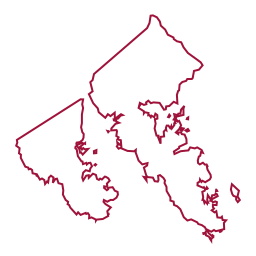 Gao-Bugotu, Isabel, Solomon Islands (Equal Earth projection)
{"feature_id": "97153195B92120906809587", "entity_name": "Gao-Bugotu", "entity_type": "district", "adm_level": 2, "iso_a3": "SLB", "parent_name": "Solomon Islands", "parent_adm1": "Isabel", "projection": "equal_earth", "projection_center": [159.757, -8.429], "detail": "fine", "context": "isolated", "style": "outline", "palette": "rose", "viewbox_px": 256, "rotation_deg": 0, "n_neighbors": 0, "source": "geoboundaries", "source_scale": "gbopen_adm2", "svg_char_len": 5972}
<svg xmlns="http://www.w3.org/2000/svg" viewBox="0 0 256 256"><path d="M88.9,94.1L93.2,103.2L97.8,108.4L98.7,112.2L105.3,117.8L107.9,114.2L110.5,116.1L114.7,112.7L114.8,117.7L116.2,117.8L121.0,114.2L122.7,115.1L120.6,115.6L118.1,118.5L115.8,119.2L116.4,121.6L119.0,122.8L115.5,123.8L111.4,128.4L111.2,130.4L116.5,130.1L117.0,131.2L116.3,136.0L118.6,137.3L117.4,139.4L120.8,140.2L121.3,146.0L117.3,142.3L117.7,145.3L116.8,146.4L118.6,148.7L120.3,147.9L127.5,150.9L134.1,151.3L135.8,149.9L135.7,152.6L138.6,160.6L142.3,164.4L147.5,163.1L147.1,165.5L143.9,167.6L146.3,175.6L147.7,177.1L152.9,177.6L154.7,181.2L157.8,181.6L158.5,180.0L158.1,175.8L160.0,175.1L163.4,177.9L165.0,180.5L164.5,183.0L166.5,186.9L166.6,190.9L170.4,197.4L170.4,200.6L173.6,201.6L174.1,205.0L177.1,206.2L180.3,209.2L183.8,217.2L187.4,220.5L191.2,219.4L197.2,222.3L198.3,224.0L201.8,225.1L205.0,227.3L205.7,228.9L211.2,231.7L214.0,230.0L215.8,231.2L224.2,229.1L223.9,222.9L226.1,220.3L222.6,220.0L221.9,216.7L220.7,217.8L217.4,217.4L216.3,211.2L214.5,212.4L211.7,210.3L214.0,208.6L212.9,207.0L212.9,204.8L216.5,205.1L216.9,202.1L215.2,201.4L212.9,202.4L211.9,200.9L210.3,200.8L210.7,199.4L207.8,195.1L207.2,200.0L208.2,202.7L207.0,202.5L207.0,203.5L205.1,201.5L204.4,202.9L203.5,199.9L202.5,199.9L203.2,197.4L202.3,191.8L204.7,190.7L205.2,189.1L203.9,187.2L203.2,187.8L197.5,185.4L197.6,182.8L199.7,181.6L200.0,179.5L201.5,181.9L202.5,180.8L205.2,182.2L209.8,179.4L210.9,177.3L210.6,174.9L207.5,169.6L206.9,166.6L207.5,166.2L206.6,164.5L205.0,164.7L202.9,162.7L199.8,164.4L198.1,163.1L197.8,160.6L198.8,156.6L200.2,155.8L201.0,152.2L202.9,152.8L201.6,150.0L197.2,147.4L194.8,148.4L190.2,147.4L188.4,150.4L180.7,151.2L174.5,154.0L173.9,151.5L179.1,148.1L179.2,146.7L186.6,143.3L186.4,139.0L184.6,134.6L181.8,134.1L181.0,132.2L178.0,132.7L178.1,134.0L175.9,132.5L179.2,129.1L181.1,125.3L179.1,120.9L177.8,121.6L176.7,120.0L176.6,121.2L175.2,121.4L174.6,122.4L175.4,123.3L174.1,124.0L174.3,125.1L171.9,128.4L171.3,126.0L170.5,127.8L170.8,128.4L170.9,129.1L168.4,125.6L166.7,125.6L165.9,128.0L166.3,130.2L165.6,129.7L163.7,131.7L164.1,136.4L160.5,136.9L160.6,143.7L158.1,137.2L158.4,135.7L156.5,135.6L154.6,128.4L155.6,123.7L154.9,119.3L157.4,118.6L157.3,115.1L155.4,113.7L154.2,117.2L151.5,115.7L150.8,117.2L149.5,115.2L148.2,115.3L148.5,113.0L144.7,112.2L143.9,113.3L143.9,111.3L138.6,107.9L139.9,102.9L143.9,104.9L146.4,104.2L146.1,102.4L148.3,100.7L150.9,103.2L153.5,102.4L159.6,102.9L164.0,109.7L165.8,109.3L166.2,106.4L169.3,106.0L173.7,101.8L177.4,103.5L176.9,94.9L178.1,91.0L179.1,90.4L179.6,84.6L182.3,82.0L186.1,80.9L187.3,79.0L191.8,79.0L192.7,78.0L194.0,70.9L198.9,69.7L202.6,65.3L200.7,62.3L187.9,53.0L183.6,47.4L181.2,42.3L177.0,41.3L173.8,39.1L173.5,37.5L167.8,34.7L165.2,29.6L160.8,25.6L159.9,21.6L156.9,17.3L152.9,15.4L150.6,15.7L149.5,23.0L147.1,28.1L94.0,74.0L92.6,80.1L90.3,82.2L92.6,91.3L88.9,94.1ZM80.6,99.3L16.9,139.9L17.3,142.6L16.2,145.7L19.6,148.2L19.0,153.3L20.9,154.6L20.8,157.9L25.3,166.7L28.3,167.6L28.7,169.3L30.5,168.8L32.1,170.0L32.6,173.3L36.8,174.2L39.9,179.6L42.0,178.5L44.3,180.0L45.1,184.0L47.0,181.5L48.1,182.5L48.9,177.6L50.9,175.7L53.5,177.5L52.8,182.8L55.4,179.0L57.0,178.7L58.5,183.2L62.3,184.2L63.3,190.3L62.9,194.6L65.7,200.0L68.1,201.8L67.6,204.2L69.1,205.0L70.3,207.6L76.5,214.5L78.1,212.3L80.6,214.9L85.7,212.9L86.2,213.9L87.9,213.2L89.3,215.2L89.1,218.2L91.5,217.4L95.8,219.5L95.9,220.6L96.5,219.6L102.8,219.0L108.2,216.0L107.3,211.2L110.8,207.4L105.5,204.1L103.5,201.8L103.9,200.0L107.3,201.7L110.6,199.9L113.1,200.0L116.5,197.6L117.9,194.7L117.6,191.9L114.8,190.7L112.6,187.2L108.0,187.8L108.2,189.2L106.9,190.2L104.1,187.9L104.2,186.3L106.2,186.7L107.3,185.8L106.9,183.6L109.7,180.7L108.3,178.3L105.8,176.8L104.8,176.6L101.9,179.5L100.1,178.6L98.9,179.9L97.0,178.9L95.9,174.9L92.9,173.7L88.8,177.8L88.7,175.2L86.2,175.7L83.2,180.4L82.2,177.5L83.2,172.6L85.8,170.2L89.7,171.3L90.3,168.5L92.0,166.2L90.4,162.8L88.5,163.0L86.8,164.5L86.3,162.9L83.0,164.1L82.5,161.5L81.4,161.3L77.9,156.2L76.7,149.5L75.3,148.1L75.6,146.5L76.8,145.9L79.3,148.9L79.1,147.6L84.0,143.7L82.2,142.8L77.3,144.9L76.3,143.9L76.7,142.6L79.9,142.1L82.6,139.9L83.5,137.7L83.7,134.0L82.3,132.1L81.1,127.2L81.9,123.1L81.9,114.5L83.1,108.0L82.2,104.3L83.1,99.4L80.6,99.3ZM239.8,200.0L237.5,196.4L238.9,190.7L231.9,184.2L230.9,189.5L232.2,193.9L233.4,195.8L236.2,196.9L236.1,199.6L237.8,202.1L239.8,200.0ZM184.3,105.9L181.1,109.6L180.4,113.5L178.3,113.7L177.7,115.1L174.2,114.2L174.9,117.7L173.7,119.6L175.2,120.0L176.3,116.7L183.5,114.9L183.4,108.9L184.3,105.9ZM88.1,148.9L84.7,149.3L83.2,148.1L82.0,149.5L81.1,148.0L79.3,149.2L80.1,152.7L81.1,152.4L82.7,154.6L88.1,148.9ZM213.0,237.0L208.6,233.1L207.2,230.5L205.7,231.4L205.9,235.3L208.4,236.4L210.3,238.0L211.2,239.2L213.0,237.0ZM217.7,196.1L216.9,194.2L215.6,193.7L214.7,195.1L212.2,195.3L211.4,198.3L212.2,199.1L217.7,196.1ZM96.3,153.1L96.4,150.1L93.9,151.1L94.0,153.3L96.3,153.1ZM189.0,130.7L187.9,129.0L185.5,130.4L187.0,131.6L189.0,130.7ZM183.7,128.5L181.9,128.1L180.8,130.1L182.3,130.6L183.7,128.5ZM146.5,180.6L146.2,177.3L143.8,176.9L146.5,180.6ZM170.2,115.8L169.3,114.7L168.1,117.0L169.0,117.3L170.2,115.8ZM207.7,188.5L206.8,187.3L206.1,189.1L207.3,188.9L207.7,188.5ZM188.2,117.4L187.2,118.0L186.8,119.1L188.1,119.3L188.2,117.4ZM217.2,191.0L216.4,189.7L216.2,189.7L216.0,191.3L217.2,191.0ZM115.1,120.7L114.5,119.5L113.7,119.4L113.9,120.4L115.1,120.7ZM96.1,164.6L95.4,164.1L94.5,165.0L95.3,165.5L96.1,164.6ZM211.2,240.6L211.2,239.5L209.4,237.9L211.2,240.6ZM221.4,231.3L222.1,229.9L219.2,232.3L221.4,231.3ZM109.4,130.9L108.2,131.3L107.6,131.1L108.2,132.2L109.4,130.9ZM213.2,238.2L213.4,235.9L213.0,235.6L213.2,238.2ZM140.4,104.5L140.9,103.7L140.2,103.3L140.4,104.5ZM204.5,233.0L203.3,233.1L203.5,234.0L203.8,234.0L204.5,233.0ZM85.1,143.8L85.1,143.0L84.4,143.5L85.1,143.8ZM37.1,176.0L36.8,175.3L36.7,175.2L36.5,175.6L37.1,176.0ZM108.8,215.0L108.6,214.0L108.4,214.1L108.8,215.0Z" fill="none" stroke="#9f1239" stroke-width="2"/></svg>